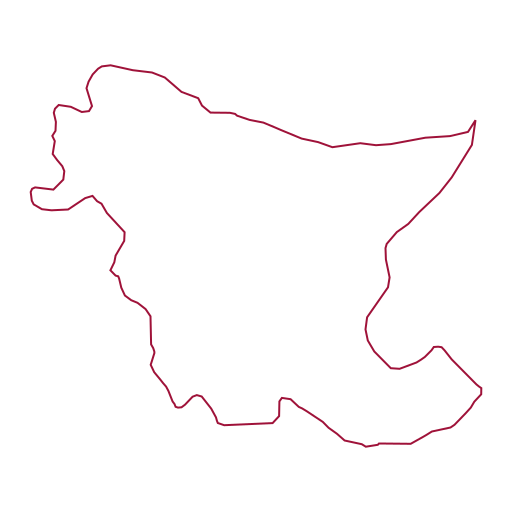 Palín, Escuintla, Guatemala (Mercator projection), rotated 90°
{"feature_id": "79465075B28219742708023", "entity_name": "Palín", "entity_type": "district", "adm_level": 2, "iso_a3": "GTM", "parent_name": "Guatemala", "parent_adm1": "Escuintla", "projection": "mercator", "projection_center": [-90.699, 14.394], "detail": "fine", "context": "isolated", "style": "outline", "palette": "rose", "viewbox_px": 512, "rotation_deg": 90, "n_neighbors": 0, "source": "geoboundaries", "source_scale": "gbopen_adm2", "svg_char_len": 1995}
<svg xmlns="http://www.w3.org/2000/svg" viewBox="0 0 512 512"><g transform="rotate(90 256 256)"><path d="M394.3,30.8L388.1,30.7L386.6,32.9L384.4,35.6L359.4,60.3L350.4,67.4L347.2,70.4L346.7,73.8L347.0,78.2L350.3,80.5L357.0,87.2L359.6,90.9L362.5,95.5L368.8,112.4L368.2,121.2L351.5,137.7L340.5,144.2L329.4,146.5L317.3,144.9L287.3,124.0L277.4,122.4L259.5,126.1L248.1,126.5L243.9,125.3L232.1,115.2L223.9,103.7L212.1,92.8L210.3,90.9L193.0,72.6L177.4,60.3L144.9,40.1L120.2,36.5L131.9,44.0L136.1,62.0L137.7,86.6L144.1,121.1L145.2,136.0L143.2,151.7L147.2,179.6L143.1,191.1L142.1,193.9L138.6,210.3L130.0,231.1L127.2,237.6L122.6,248.6L119.9,262.4L115.7,274.9L113.9,276.9L112.8,282.1L112.6,301.5L105.6,310.0L98.2,313.8L91.9,330.5L77.5,347.2L72.5,360.0L70.2,379.2L65.3,401.4L66.4,410.2L68.7,413.9L74.4,419.3L81.6,423.4L88.2,425.5L106.1,420.0L111.1,423.0L112.0,430.2L106.8,441.2L105.0,453.3L108.7,457.0L112.8,458.2L121.9,456.1L130.8,456.5L135.9,459.7L141.1,457.2L154.0,459.3L160.0,454.9L166.2,449.7L171.1,447.7L179.6,448.7L189.6,458.6L187.4,476.9L188.8,479.9L192.0,481.3L200.7,480.2L204.4,478.3L209.2,470.1L210.3,460.5L209.5,443.9L198.1,426.8L195.9,419.5L201.2,414.9L203.7,410.5L213.0,405.1L232.2,387.4L240.9,387.8L255.6,396.4L262.3,397.7L270.3,401.6L275.6,396.4L276.3,393.8L278.5,392.9L287.7,390.7L295.5,387.1L300.2,380.8L302.8,374.5L309.1,366.4L316.3,361.5L344.4,360.9L348.1,358.8L351.4,357.7L353.0,357.6L364.8,361.3L372.2,357.8L379.7,351.6L382.9,349.1L386.6,345.9L390.9,343.6L401.5,339.4L404.0,337.5L406.8,336.4L407.6,334.0L407.3,330.5L404.7,327.0L396.7,319.4L395.1,315.2L396.5,310.3L408.6,300.8L417.4,296.0L420.7,295.1L423.0,294.2L425.2,287.8L423.1,239.4L416.1,232.9L401.4,232.6L397.9,230.1L399.2,221.4L406.9,213.2L408.4,209.9L411.2,205.3L421.9,189.2L427.8,183.4L433.8,175.0L440.5,167.4L444.2,150.2L446.7,146.2L444.8,134.2L443.5,133.0L443.8,101.3L436.8,88.8L435.0,85.7L431.5,80.1L427.5,61.5L424.8,57.5L413.1,46.2L407.6,41.2L401.7,37.7L394.3,30.8Z" fill="none" stroke="#9f1239" stroke-width="2"/></g></svg>